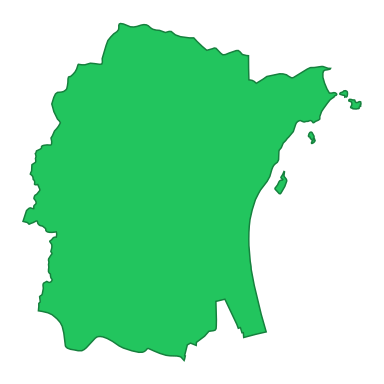 the district of Quang Trach, Quảng Bình, Vietnam
{"feature_id": "81297802B61927033163821", "entity_name": "Quang Trach", "entity_type": "district", "adm_level": 2, "iso_a3": "VNM", "parent_name": "Vietnam", "parent_adm1": "Quảng Bình", "projection": "robinson", "projection_center": [106.399, 17.873], "detail": "fine", "context": "isolated", "style": "filled", "palette": "green", "viewbox_px": 384, "rotation_deg": 0, "n_neighbors": 0, "source": "geoboundaries", "source_scale": "gbopen_adm2", "svg_char_len": 5803}
<svg xmlns="http://www.w3.org/2000/svg" viewBox="0 0 384 384"><path d="M266.2,331.9L261.2,314.3L254.2,285.2L251.2,269.4L251.0,266.3L250.2,261.2L248.9,245.4L248.8,239.3L248.9,232.5L249.3,225.8L250.0,219.6L252.2,209.9L255.4,199.7L258.5,193.5L260.5,190.0L267.1,181.4L269.8,176.5L271.8,169.6L272.9,166.8L274.0,165.1L275.2,163.9L277.3,162.3L277.8,161.4L278.6,159.7L278.9,151.6L279.2,150.2L281.3,147.7L283.2,143.1L285.7,140.6L287.4,138.3L288.5,137.3L293.3,131.6L295.6,124.6L296.3,123.0L297.6,121.6L298.9,120.9L299.8,120.6L300.6,120.6L302.5,121.5L304.1,122.0L306.4,121.4L307.9,121.4L310.1,120.5L311.1,120.7L311.8,121.1L313.1,122.7L313.5,122.7L314.1,122.5L315.5,121.4L318.1,120.3L319.3,119.5L319.8,119.0L319.8,116.5L321.6,111.5L323.5,108.6L327.4,103.2L330.1,99.8L332.8,97.8L333.8,97.3L334.3,96.3L335.0,95.7L336.1,95.3L336.7,94.6L336.7,94.1L336.4,93.6L335.2,92.8L333.8,92.6L331.6,93.1L329.4,93.1L327.0,89.0L324.5,83.0L323.1,78.0L322.9,77.3L322.9,73.2L323.5,71.1L325.0,70.1L327.2,69.8L329.6,69.3L330.1,69.1L330.5,68.4L328.1,68.3L323.0,66.5L321.3,66.5L314.4,67.5L310.4,67.6L307.2,69.1L293.5,77.5L292.0,77.9L290.9,77.5L288.5,76.2L286.5,74.8L283.0,73.9L279.6,73.8L266.8,76.5L263.0,79.2L256.3,83.3L254.3,81.5L252.2,80.4L248.9,79.8L248.6,68.3L248.5,55.7L246.4,55.5L242.4,54.5L239.9,51.7L238.2,50.5L236.2,50.6L229.2,53.0L225.3,54.6L222.8,54.8L220.6,53.1L216.0,48.3L214.3,48.0L212.2,48.8L206.8,50.3L202.0,46.2L197.0,41.4L193.8,37.9L189.6,37.9L180.5,36.7L175.4,34.9L171.2,31.5L169.2,31.4L165.4,32.5L159.6,30.4L156.1,30.1L152.7,29.2L150.7,27.9L148.3,25.8L146.5,24.9L143.9,24.6L141.1,25.1L137.1,26.4L133.8,27.0L130.4,26.8L123.5,24.0L120.5,23.5L119.3,24.0L118.8,25.3L118.8,27.8L118.5,29.7L116.9,31.7L113.7,33.9L110.7,37.0L107.9,40.5L106.1,45.4L102.2,58.6L102.4,62.3L101.7,64.1L99.6,64.3L94.6,63.6L90.4,63.2L84.9,64.8L81.9,64.8L78.4,64.3L78.0,64.8L76.6,69.1L75.0,72.0L72.7,74.6L70.5,76.5L69.1,76.7L68.5,77.1L68.0,78.9L67.9,82.4L67.4,85.9L66.8,88.5L66.4,89.3L65.5,90.2L63.6,91.5L61.3,92.1L57.5,92.4L55.5,93.9L53.8,97.4L51.8,104.0L53.9,111.7L57.5,119.1L59.5,121.2L60.4,122.9L58.5,126.2L56.7,128.6L54.5,131.0L52.3,136.0L51.0,138.0L51.7,141.4L51.6,143.7L51.3,144.6L50.6,145.1L47.1,144.9L43.9,145.3L42.2,145.8L41.5,146.7L41.5,148.0L40.5,149.0L36.5,150.9L35.9,152.9L35.3,153.5L35.9,155.6L36.0,156.6L35.4,158.8L35.7,159.7L35.7,161.7L35.4,162.4L32.0,164.6L31.9,165.0L31.6,171.0L30.8,172.6L30.3,174.1L32.0,175.5L32.8,176.8L33.1,178.3L33.1,179.0L33.3,179.6L34.1,180.2L34.4,180.8L34.6,181.5L34.7,182.7L34.5,184.1L34.6,184.4L35.2,184.7L36.1,184.8L37.7,184.5L39.5,188.5L39.9,189.8L39.8,190.4L37.1,193.8L36.2,194.6L35.2,195.1L34.5,196.1L33.9,198.2L34.1,198.9L35.2,200.2L35.9,201.5L36.1,202.5L36.1,203.4L35.6,204.1L34.3,205.3L33.8,206.1L33.8,208.6L33.3,208.7L30.3,207.9L29.2,208.2L27.6,209.5L26.5,210.6L23.0,221.4L26.9,222.4L27.5,222.6L28.9,224.1L29.5,224.1L30.6,223.5L33.1,222.6L36.2,221.0L36.9,221.0L37.3,221.4L37.9,223.5L38.7,224.6L40.0,225.5L42.5,226.1L45.5,228.5L45.7,229.1L45.9,230.6L46.5,231.3L47.4,231.9L49.3,232.3L51.9,232.4L54.7,232.1L56.2,231.8L56.6,233.0L56.7,234.6L56.3,237.1L55.4,237.1L54.1,237.3L53.1,237.9L51.5,239.9L50.1,240.8L49.8,241.2L49.8,241.6L51.6,244.2L51.9,245.7L51.8,247.9L50.9,251.3L50.9,251.7L51.8,252.9L51.9,253.3L51.9,253.9L50.7,255.5L48.6,258.9L48.5,259.7L48.5,260.5L48.9,261.9L48.8,263.0L48.5,264.4L48.8,267.3L48.5,269.6L48.5,271.7L49.3,273.1L50.4,274.1L50.5,276.0L50.9,277.8L52.1,279.5L52.1,280.2L51.2,281.6L50.0,282.4L48.7,282.4L46.8,281.4L43.7,283.1L43.1,284.1L43.0,285.5L43.3,288.1L43.2,289.1L42.3,293.8L42.0,294.6L41.4,295.3L40.4,295.8L39.6,296.7L40.2,301.1L40.1,302.1L39.3,302.8L38.8,303.5L38.8,306.5L38.4,310.8L42.1,311.4L48.0,312.8L52.1,314.7L57.0,318.8L60.2,322.5L62.2,326.3L63.8,333.0L65.4,345.9L65.8,346.7L67.3,348.1L70.5,349.3L74.2,349.9L78.0,350.7L81.9,350.7L84.2,349.5L86.3,347.8L95.0,338.4L96.7,337.1L98.2,336.6L100.3,336.5L103.0,336.9L107.3,338.5L112.6,341.4L119.1,345.9L123.3,348.0L131.9,350.8L138.8,352.3L142.6,352.2L144.1,351.6L145.6,350.6L147.3,348.7L147.9,348.5L148.5,348.5L154.3,351.1L159.9,353.4L166.1,355.3L170.0,355.8L176.9,356.0L180.0,356.6L181.0,357.1L184.1,360.5L184.6,359.1L185.3,355.9L184.6,355.7L187.3,344.9L190.5,343.1L196.2,345.4L196.4,342.4L204.6,336.2L208.9,331.3L213.3,330.7L215.0,330.2L215.6,329.5L216.1,328.5L216.3,325.5L216.4,319.9L215.9,301.4L224.9,299.2L236.8,324.3L238.3,328.3L240.4,327.6L242.0,332.8L243.3,332.7L243.7,337.5L255.8,334.3L266.2,331.9ZM280.9,193.2L284.8,186.5L286.7,181.2L286.7,180.2L286.2,179.0L284.3,176.6L284.0,175.4L284.5,171.8L284.0,171.5L282.7,174.5L281.1,177.0L280.9,177.5L281.2,178.1L282.8,179.4L282.6,179.9L282.0,180.2L280.9,180.2L279.9,180.7L279.1,181.6L277.5,185.0L275.0,188.2L275.0,188.9L275.3,189.4L279.2,193.6L280.2,193.8L280.9,193.2ZM356.2,102.6L355.5,102.0L355.1,101.5L355.0,100.8L354.8,100.2L354.6,100.0L352.4,99.9L351.4,99.5L349.8,99.3L349.2,99.6L348.9,99.9L348.8,100.9L351.4,102.0L351.7,102.7L351.9,103.9L351.7,105.2L350.6,107.1L350.7,107.5L351.3,108.1L352.3,108.0L352.7,108.3L352.9,108.8L356.3,109.0L357.4,108.7L358.3,108.7L359.0,108.4L359.2,108.1L359.1,107.5L359.2,107.2L360.7,106.0L360.2,105.7L360.1,105.2L360.4,104.6L361.0,104.1L360.7,101.9L359.8,101.6L359.0,101.7L358.1,102.3L356.2,102.6ZM313.4,139.8L314.4,138.6L314.2,138.3L313.5,138.2L314.1,137.2L314.0,136.1L312.1,132.7L311.7,132.3L311.1,132.1L310.4,132.2L309.9,132.5L309.0,133.8L308.4,136.0L308.9,136.8L309.9,137.1L310.1,137.3L310.3,138.4L311.6,139.6L312.3,140.4L312.3,141.0L311.5,142.5L311.6,143.4L312.3,143.4L313.7,142.6L314.7,141.5L315.1,140.5L314.9,139.9L313.4,139.8ZM347.4,94.9L347.5,93.2L347.3,91.9L346.7,91.2L345.6,90.7L344.0,90.8L342.5,92.1L340.7,92.6L340.3,92.9L339.8,93.7L339.8,94.1L340.3,94.4L343.3,95.3L344.4,95.4L344.7,95.5L344.8,95.8L344.8,97.1L345.6,96.8L346.4,97.0L346.7,96.7L347.0,96.5L347.4,94.9Z" fill="#22c55e" stroke="#15803d" stroke-width="1.5"/></svg>